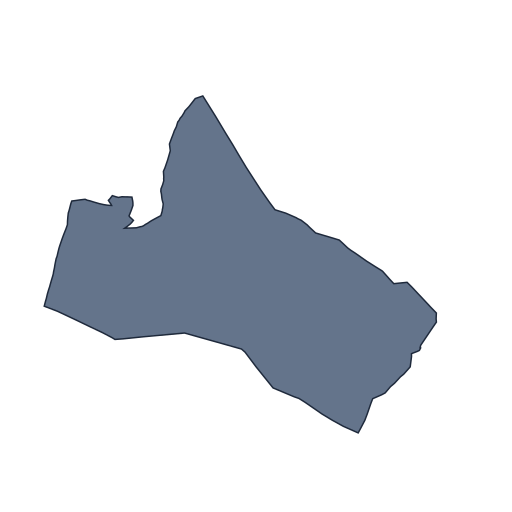 the district of Al-Baaj, Ninawa, Iraq, rotated 289°
{"feature_id": "34846034B31604409144822", "entity_name": "Al-Baaj", "entity_type": "district", "adm_level": 2, "iso_a3": "IRQ", "parent_name": "Iraq", "parent_adm1": "Ninawa", "projection": "mercator", "projection_center": [41.748, 35.687], "detail": "fine", "context": "isolated", "style": "filled", "palette": "slate", "viewbox_px": 512, "rotation_deg": 289, "n_neighbors": 0, "source": "geoboundaries", "source_scale": "gbopen_adm2", "svg_char_len": 2534}
<svg xmlns="http://www.w3.org/2000/svg" viewBox="0 0 512 512"><g transform="rotate(289 256 256)"><path d="M342.1,137.9L340.2,137.8L333.7,137.7L327.6,140.7L318.1,141.2L309.8,141.2L305.9,140.9L300.4,143.2L299.4,143.4L297.1,144.3L293.0,144.5L288.5,144.3L286.1,145.0L283.8,146.4L280.4,148.0L278.7,148.9L275.1,151.3L272.9,151.8L270.9,152.2L269.6,152.3L268.0,152.7L263.2,152.9L261.5,151.3L258.6,148.6L255.4,145.7L254.3,144.8L251.5,142.7L249.9,141.2L248.2,140.0L246.9,138.7L245.9,136.9L243.7,133.7L242.2,129.8L240.5,125.3L239.5,122.8L241.5,124.2L245.3,126.7L247.5,127.7L249.8,128.5L251.9,123.8L252.6,122.9L258.6,123.2L263.7,123.2L266.2,122.3L267.9,121.5L269.6,120.5L271.3,119.5L270.1,115.4L269.2,112.7L268.4,110.0L266.6,106.9L266.4,104.4L266.3,100.5L262.7,99.3L261.8,98.9L260.6,98.3L259.2,100.0L258.1,101.6L256.8,103.0L256.3,101.4L255.7,99.1L255.5,98.1L255.0,95.2L254.5,90.8L254.2,85.0L254.1,81.0L253.8,78.3L254.0,76.0L253.3,74.5L251.6,71.0L250.0,67.9L248.0,63.9L245.0,63.9L239.2,64.4L237.1,64.5L235.6,64.5L234.7,64.7L231.6,65.4L227.7,66.4L224.2,67.5L220.2,67.5L213.8,67.2L209.6,67.1L205.8,67.1L201.7,67.1L199.0,67.2L195.6,67.5L190.8,68.0L188.5,67.9L185.3,68.3L182.4,68.7L179.0,69.3L174.8,69.8L173.5,70.1L171.2,70.3L165.9,70.5L162.4,70.7L159.3,70.9L157.0,70.9L152.3,71.1L147.5,71.6L144.8,71.7L143.6,71.8L139.6,72.1L139.1,86.4L137.8,98.4L136.6,109.2L135.0,122.8L133.5,136.2L131.9,146.7L131.2,149.8L134.4,157.3L143.1,176.1L159.9,213.5L161.9,247.8L163.3,272.6L161.5,277.0L151.2,292.2L136.8,315.1L135.3,338.2L135.3,342.9L133.7,349.8L128.1,369.8L125.6,381.4L123.4,394.0L122.0,410.2L127.5,411.1L136.1,412.4L142.8,412.6L153.8,412.6L159.1,412.8L165.7,420.0L168.6,422.7L176.3,425.7L180.8,428.4L188.8,431.9L192.5,434.2L201.4,437.9L211.5,435.8L214.3,434.8L218.4,439.7L219.9,441.2L222.6,441.6L222.6,441.0L225.3,440.8L245.8,446.3L249.8,447.4L252.2,448.1L253.8,447.4L255.1,446.8L260.8,445.1L264.5,437.8L269.2,429.0L272.9,421.9L277.3,413.6L280.3,407.4L274.7,395.3L278.0,389.1L280.4,384.9L282.8,380.6L283.2,379.2L284.8,372.1L286.2,366.3L287.1,362.4L291.0,348.9L292.3,343.7L293.5,340.0L296.1,334.3L298.2,329.5L297.2,304.8L298.7,301.5L300.6,297.2L302.1,294.2L304.5,287.1L304.9,283.3L305.3,281.5L306.2,270.2L305.9,258.9L311.1,251.3L320.2,238.8L328.9,227.7L336.6,217.9L345.8,206.9L353.8,197.6L362.5,187.0L374.8,172.4L388.0,156.1L390.0,153.6L385.1,147.3L380.4,145.7L375.2,143.9L370.2,141.6L368.3,141.4L364.2,140.5L361.5,139.4L359.2,139.1L357.3,138.4L352.2,138.6L347.7,138.0L345.3,138.0L342.1,137.9Z" fill="#64748b" stroke="#1e293b" stroke-width="1.5"/></g></svg>